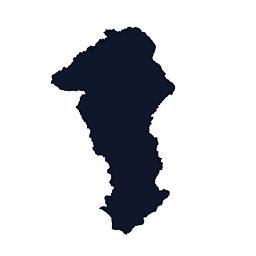 the district of Marañon, Huánuco, Peru, rotated 251°
{"feature_id": "86281439B56657051022034", "entity_name": "Marañon", "entity_type": "district", "adm_level": 2, "iso_a3": "PER", "parent_name": "Peru", "parent_adm1": "Huánuco", "projection": "mercator", "projection_center": [-76.725, -8.733], "detail": "fine", "context": "isolated", "style": "filled", "palette": "ink", "viewbox_px": 256, "rotation_deg": 251, "n_neighbors": 0, "source": "geoboundaries", "source_scale": "gbopen_adm2", "svg_char_len": 5808}
<svg xmlns="http://www.w3.org/2000/svg" viewBox="0 0 256 256"><g transform="rotate(251 128 128)"><path d="M177.4,177.8L179.0,176.7L180.6,174.7L181.6,174.9L183.4,173.2L184.1,173.1L187.2,173.3L189.0,175.1L191.0,176.2L191.4,177.2L192.1,177.9L193.6,178.0L193.7,179.0L195.0,179.3L195.9,180.3L198.6,180.0L199.6,179.5L203.1,178.6L203.4,177.9L204.6,177.9L205.8,177.2L206.5,177.4L207.1,176.7L208.0,176.5L208.1,175.9L209.2,175.2L209.7,175.5L210.6,174.9L211.7,175.0L212.5,174.6L214.1,171.4L214.5,171.3L215.2,171.7L216.4,171.6L216.5,170.7L218.5,170.5L218.7,169.5L220.4,168.0L220.5,167.1L219.9,166.3L220.2,165.5L221.8,162.5L222.1,162.4L222.2,162.8L222.5,162.5L222.7,161.0L221.9,160.8L221.3,160.1L222.1,159.8L221.4,158.8L222.1,157.9L222.3,156.7L221.4,155.6L222.2,154.4L221.3,154.3L221.5,153.7L220.9,153.2L220.9,151.4L221.1,151.3L221.4,151.6L221.9,151.0L221.4,150.6L221.7,148.7L222.2,148.9L222.7,148.4L222.4,148.1L223.2,147.4L224.7,146.9L224.2,146.4L224.3,146.1L225.6,146.2L225.4,145.8L224.7,145.8L225.1,144.9L224.5,144.2L225.6,144.4L225.7,143.5L225.4,142.9L226.0,142.6L225.2,142.4L225.0,141.6L226.2,141.4L227.0,140.4L226.3,140.2L226.2,139.9L227.4,139.2L226.4,138.9L226.0,138.1L226.0,136.9L224.7,137.6L224.5,138.1L224.3,137.4L223.7,137.2L223.5,138.2L221.4,138.4L220.3,139.3L219.3,138.8L220.0,136.3L218.4,134.3L218.6,133.8L219.7,133.4L220.1,132.9L219.5,132.3L218.2,132.1L217.8,131.3L218.2,130.9L219.2,131.3L220.1,131.0L220.5,130.7L220.6,130.4L218.4,127.7L218.2,126.2L217.7,125.3L215.5,123.8L215.4,123.2L216.0,121.9L215.9,120.4L215.4,120.1L214.3,120.5L213.6,120.0L213.7,119.4L214.5,119.0L216.7,120.0L217.3,119.6L216.3,116.0L215.6,115.1L213.7,114.0L213.5,113.4L213.7,112.4L214.6,111.1L214.4,110.7L213.5,110.2L213.3,109.2L214.7,107.2L212.7,105.3L213.2,104.2L212.8,103.5L210.6,101.9L210.7,101.3L211.7,100.4L211.4,99.6L210.4,98.8L209.9,98.8L208.6,99.6L207.7,99.6L208.0,98.1L207.8,97.0L205.9,94.8L205.2,91.9L203.7,90.9L204.5,88.5L206.0,87.4L205.6,86.3L204.1,85.4L203.1,82.9L203.1,82.3L203.9,81.8L204.1,81.1L203.0,79.7L203.1,78.2L202.2,76.5L202.3,74.3L201.5,73.3L200.7,73.0L198.1,73.1L196.9,71.3L196.2,70.7L195.4,70.6L194.6,72.7L192.2,73.4L190.3,75.3L189.4,75.9L187.3,76.5L185.9,78.3L185.4,79.9L184.0,81.1L183.9,82.3L183.2,83.9L182.5,84.6L182.5,86.2L181.7,88.3L181.6,89.6L180.2,91.4L180.6,92.8L180.0,94.5L178.4,96.9L178.7,98.9L174.0,100.0L173.5,99.9L173.5,98.9L172.9,97.9L173.9,95.9L173.6,95.3L173.2,95.0L171.8,92.8L170.9,92.9L170.0,92.5L167.5,89.9L165.7,88.8L164.7,87.1L164.9,86.4L164.3,86.1L161.0,87.9L159.5,87.7L158.0,88.3L156.3,88.0L154.7,88.7L153.6,88.7L152.7,88.3L152.5,88.9L151.5,88.6L149.2,89.3L148.6,89.1L148.4,89.7L147.4,90.7L145.7,90.2L145.2,90.7L143.4,91.1L142.9,90.5L141.3,90.2L141.0,91.4L139.6,92.0L137.9,92.3L135.3,91.4L134.0,89.9L132.5,89.2L132.0,89.2L130.2,90.9L127.8,90.0L125.4,91.3L123.8,90.3L122.5,90.8L121.6,90.7L120.5,88.5L119.1,88.4L116.5,89.6L115.8,89.8L114.9,89.4L114.3,89.5L113.2,90.6L112.3,91.0L112.3,92.3L111.8,92.9L111.6,94.6L110.6,95.5L108.8,95.9L108.7,97.9L108.4,98.3L107.3,97.9L106.6,96.9L105.0,96.9L104.4,96.3L102.9,97.5L103.0,98.5L102.7,98.7L101.7,98.2L99.3,99.0L95.9,98.4L95.7,97.6L94.7,96.6L95.1,95.7L94.0,95.2L93.6,94.6L92.7,94.6L92.2,94.9L91.8,95.8L90.8,96.3L90.4,97.1L88.6,97.3L85.5,96.4L82.5,93.2L80.5,94.1L79.1,93.8L78.4,94.5L78.0,96.0L75.8,96.1L74.7,95.3L74.6,94.6L73.9,94.1L73.8,93.2L71.5,92.7L71.2,92.5L71.2,91.2L69.7,91.1L68.4,89.5L68.6,88.8L69.5,88.3L69.6,86.9L70.5,86.0L70.4,84.7L70.1,84.2L68.7,83.3L66.7,84.4L66.4,83.5L65.4,82.9L64.8,83.1L63.7,82.7L63.4,83.4L62.8,83.6L59.9,83.0L59.5,82.1L60.1,81.3L60.2,80.5L61.1,79.8L61.5,78.3L61.5,76.7L61.0,75.8L60.8,76.4L59.2,78.0L56.8,79.5L55.9,80.5L53.9,81.2L52.5,82.7L50.5,82.9L48.9,83.9L46.8,83.4L45.7,82.9L43.3,82.7L38.0,80.7L37.7,81.4L36.8,82.1L36.5,83.3L35.7,84.7L35.7,85.9L34.7,87.5L33.9,88.0L32.9,89.5L32.4,89.5L31.8,90.2L30.1,90.3L28.8,91.6L28.6,91.9L29.5,91.9L29.8,92.7L29.0,94.3L29.3,95.2L29.9,95.8L29.8,96.5L30.8,98.2L32.4,99.1L32.3,100.6L33.7,102.5L33.8,103.7L33.2,105.6L33.4,107.0L32.9,107.8L33.2,108.5L32.6,109.2L32.8,110.9L34.3,112.2L37.1,112.3L38.7,113.0L39.0,114.2L38.7,114.8L38.6,116.3L40.2,119.1L40.1,119.9L40.5,120.9L40.3,121.7L41.2,122.6L40.9,124.0L41.2,125.5L40.6,126.0L40.8,127.0L43.6,129.4L44.5,129.8L45.2,133.4L44.8,134.1L45.2,134.2L45.6,135.3L48.3,136.8L49.3,138.9L50.1,142.6L52.0,145.0L54.0,145.9L55.6,144.9L56.3,143.3L58.1,141.9L57.2,139.6L58.5,135.9L59.9,136.7L62.2,136.7L63.2,135.6L66.0,135.3L66.7,134.1L68.8,135.7L70.1,135.4L70.4,136.2L71.3,136.4L71.4,137.5L72.5,137.7L73.9,140.0L74.9,140.4L75.0,141.2L75.5,141.9L76.5,142.0L76.6,142.8L78.5,143.5L78.8,144.0L78.5,145.4L78.0,145.7L78.0,146.1L80.3,147.6L81.6,147.2L83.0,148.7L84.2,148.5L85.0,147.4L85.6,147.3L87.2,148.1L88.3,149.2L88.8,148.1L89.5,147.7L90.3,146.7L90.9,146.4L91.9,147.2L93.2,147.1L95.7,148.2L97.0,146.5L98.1,147.3L99.5,147.3L101.0,148.9L101.8,149.1L102.6,148.8L103.0,150.8L103.3,151.1L107.0,151.2L109.0,151.7L109.6,151.2L109.4,150.1L109.9,149.1L112.5,148.5L112.9,148.0L114.2,147.6L115.9,146.1L117.9,145.8L118.8,146.9L120.1,146.8L121.1,147.4L122.4,147.5L123.0,148.4L123.9,148.9L124.2,149.8L125.0,151.2L125.9,150.3L126.9,150.6L128.1,152.9L129.5,154.7L130.0,154.5L130.2,153.9L131.3,152.6L131.9,152.5L132.6,153.1L134.2,155.3L133.8,156.3L134.3,157.3L135.1,157.9L135.1,158.7L135.5,159.3L135.4,160.0L136.4,159.9L137.3,160.5L137.7,161.1L137.7,162.4L138.1,163.1L139.7,163.2L140.4,163.6L140.7,164.4L140.1,165.3L141.3,166.2L141.6,166.8L141.5,167.5L142.5,168.1L143.4,170.7L145.2,173.0L145.3,174.7L146.0,175.4L146.7,177.3L148.0,178.4L146.9,178.8L145.8,180.2L146.4,180.9L147.4,181.3L148.7,183.4L150.5,184.8L152.3,185.4L155.9,184.3L157.7,182.4L160.1,181.4L161.9,179.5L162.3,179.3L163.2,179.6L165.1,178.3L166.1,179.2L166.9,180.5L167.4,180.6L169.1,179.6L169.8,179.6L170.9,178.6L175.5,178.6L177.4,177.8Z" fill="#0f172a" stroke="#020617" stroke-width="1.5"/></g></svg>